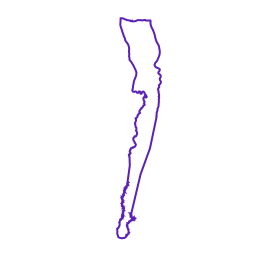 La Tola, Nariño, Colombia (Mercator projection), rotated 10°
{"feature_id": "7082276B35669712343607", "entity_name": "La Tola", "entity_type": "district", "adm_level": 2, "iso_a3": "COL", "parent_name": "Colombia", "parent_adm1": "Nariño", "projection": "mercator", "projection_center": [-78.206, 2.35], "detail": "fine", "context": "isolated", "style": "outline", "palette": "violet", "viewbox_px": 256, "rotation_deg": 10, "n_neighbors": 0, "source": "geoboundaries", "source_scale": "gbopen_adm2", "svg_char_len": 5862}
<svg xmlns="http://www.w3.org/2000/svg" viewBox="0 0 256 256"><g transform="rotate(10 128 128)"><path d="M146.1,211.3L148.4,171.5L153.2,144.1L154.2,111.9L153.8,111.5L154.0,109.9L153.7,109.1L153.6,107.7L154.0,105.3L153.7,104.0L154.3,101.7L153.8,96.3L153.3,94.1L153.4,92.4L152.8,91.8L153.0,91.2L152.9,89.9L152.0,88.0L152.0,87.3L151.6,86.7L151.3,85.4L150.9,85.0L150.9,83.6L151.5,82.8L151.6,81.9L151.1,80.9L151.0,80.5L152.0,79.1L152.5,77.4L152.3,76.6L151.0,75.0L150.8,74.5L150.9,73.2L151.3,72.0L151.2,71.0L150.7,70.2L148.7,69.1L148.3,68.6L148.3,67.7L149.0,66.4L149.2,65.7L149.1,64.9L148.8,64.4L147.8,64.0L144.9,63.3L143.7,62.3L143.2,61.4L143.4,59.4L144.7,57.3L145.3,55.6L146.2,51.4L146.3,48.8L146.0,46.9L144.3,42.2L143.6,41.0L141.5,38.5L140.6,37.1L138.9,33.8L138.7,33.0L137.5,30.4L135.4,26.9L134.0,25.2L132.6,22.8L131.8,20.4L131.7,18.9L131.4,18.3L126.8,19.1L126.3,18.7L125.5,18.7L123.4,19.6L122.3,19.5L120.8,19.8L119.2,19.9L116.8,21.4L114.8,22.1L113.7,22.1L113.3,21.6L112.5,22.2L112.0,22.3L111.6,21.8L111.2,21.8L110.0,21.9L108.0,21.9L104.5,21.0L103.0,21.0L101.7,21.2L102.5,27.6L102.9,28.8L108.3,38.9L109.0,39.6L110.0,42.0L111.1,43.3L112.3,44.3L113.9,46.1L115.0,48.5L115.5,50.4L115.7,53.0L116.5,55.0L116.5,57.1L117.4,58.9L117.5,60.4L120.3,63.0L122.0,64.9L125.5,69.7L126.7,72.0L126.9,75.2L125.8,80.4L125.7,86.0L125.9,87.8L125.7,90.2L126.7,91.3L127.8,91.4L129.0,90.7L129.4,90.7L130.1,91.0L130.9,91.7L131.3,91.8L131.7,91.7L132.0,91.2L132.4,90.2L133.2,90.0L133.6,90.3L134.3,91.9L134.9,92.1L135.2,92.0L135.4,91.6L135.8,89.8L136.2,89.6L136.9,89.5L137.8,90.0L138.1,90.4L138.4,91.3L139.8,92.4L141.0,94.0L140.8,94.6L140.1,94.9L139.7,94.6L139.4,93.8L139.0,93.6L138.6,94.7L138.0,95.7L138.0,96.3L138.5,97.1L138.6,97.9L138.9,98.4L139.7,99.0L139.7,100.0L139.4,100.7L140.1,101.5L140.4,102.1L140.2,102.6L139.1,103.3L139.2,104.0L139.0,104.5L138.4,105.4L137.8,105.8L137.9,106.5L137.2,107.1L137.1,107.7L136.5,108.6L136.3,109.6L137.2,111.1L136.0,111.9L136.0,112.9L135.3,113.7L135.2,114.5L135.4,115.0L135.2,115.7L134.6,116.5L133.8,117.2L134.4,118.2L134.6,119.3L134.0,122.1L134.5,122.7L134.4,123.2L134.6,123.4L135.4,125.7L136.2,126.3L136.5,128.1L136.3,129.0L136.4,129.3L137.3,130.1L138.0,132.0L137.5,134.3L137.1,134.9L136.2,134.9L135.9,135.2L135.8,135.5L135.8,136.2L135.2,136.7L135.0,137.2L135.1,138.0L135.5,139.1L137.0,140.7L137.2,141.5L137.9,141.9L138.7,143.2L138.0,145.2L137.1,145.9L136.3,146.1L136.1,146.8L135.1,146.8L134.6,147.2L134.2,148.2L134.3,148.6L133.9,149.1L134.2,149.7L133.7,150.7L133.9,151.3L134.7,152.0L134.9,152.7L134.7,153.1L133.7,153.7L133.5,154.3L133.8,155.0L134.2,155.3L134.4,155.7L134.3,156.3L134.6,156.6L136.3,164.7L136.9,180.9L137.3,180.4L137.1,180.8L137.7,181.3L137.4,181.4L137.4,181.7L137.6,182.1L137.3,182.7L137.3,183.0L137.1,182.9L137.0,183.0L137.5,183.5L137.3,183.5L137.2,183.9L137.5,184.3L137.0,184.3L136.9,184.7L137.0,185.1L136.6,185.4L136.9,186.3L136.4,186.2L136.4,186.6L136.0,186.8L136.2,187.3L135.8,187.3L136.0,187.8L135.7,188.2L135.3,188.2L135.4,188.4L135.2,188.6L135.3,188.8L135.6,188.6L135.5,189.1L135.8,189.2L135.7,189.3L135.9,189.9L135.8,190.1L135.5,189.9L135.2,190.1L135.6,190.4L135.4,190.5L135.5,191.0L135.1,190.9L135.4,191.7L135.7,191.9L135.4,191.9L135.3,192.2L135.4,192.6L135.1,193.2L135.3,193.5L135.1,193.7L135.3,194.4L135.6,194.8L135.4,194.9L135.3,195.4L135.0,195.3L135.1,195.6L134.9,196.9L134.6,196.9L134.8,197.2L134.4,196.9L134.3,197.2L133.8,197.0L133.9,197.3L133.7,197.7L134.0,197.8L134.1,198.2L134.4,198.0L134.5,198.8L134.8,198.8L135.0,199.1L134.9,199.4L135.7,200.0L135.3,200.3L135.4,200.6L135.1,200.7L135.2,201.1L135.6,201.4L135.3,201.8L135.5,201.9L135.5,202.4L135.3,202.7L135.7,202.6L135.2,203.3L135.2,203.9L135.6,204.4L135.4,205.0L135.7,205.1L135.7,205.5L136.0,205.3L136.2,205.8L136.7,205.9L136.4,206.1L136.7,206.4L136.7,207.0L136.8,206.9L137.0,207.0L136.8,207.1L136.9,207.6L137.0,207.6L136.9,207.8L137.7,208.1L137.8,208.8L138.0,208.7L137.9,209.7L138.2,209.9L137.9,210.0L138.1,210.1L138.1,210.6L137.9,210.6L137.7,211.3L137.8,211.6L137.5,211.9L137.7,212.2L137.6,212.3L137.6,212.6L138.1,213.1L137.9,213.4L138.1,213.6L137.8,214.1L137.7,214.2L137.8,214.3L137.7,214.5L138.0,214.7L137.6,214.7L137.7,214.9L137.4,214.8L137.4,215.2L137.7,215.2L137.3,215.8L138.4,217.0L138.2,217.1L138.2,217.5L137.9,217.5L138.0,217.9L137.6,217.8L137.7,218.4L137.1,218.7L137.0,219.2L136.7,219.2L136.8,219.6L136.5,219.6L136.4,219.9L136.2,219.9L136.0,221.3L136.3,221.9L135.8,222.7L136.2,223.1L136.4,223.8L136.6,225.1L136.5,225.3L136.5,226.0L135.8,228.3L135.3,228.4L134.9,228.9L135.0,229.4L134.9,229.8L135.3,230.8L135.3,231.3L135.6,231.9L135.7,233.9L136.1,234.5L136.3,235.1L136.9,235.8L137.3,237.0L138.1,237.4L139.1,237.6L140.9,237.7L143.9,236.7L144.9,235.5L145.0,234.7L144.9,234.1L145.2,234.1L145.2,233.7L145.7,233.9L146.0,232.8L146.4,232.6L146.5,232.2L146.9,232.0L146.8,231.6L147.2,230.9L146.7,230.7L146.8,230.4L145.9,228.1L146.1,227.8L145.4,227.2L145.3,226.8L145.0,226.7L144.7,226.1L144.6,225.1L144.4,225.1L144.3,225.3L144.1,225.1L144.1,224.7L143.9,224.5L144.1,224.2L143.9,223.8L144.1,223.7L144.1,223.4L143.9,222.7L144.6,222.0L144.3,221.7L144.9,221.6L145.1,221.2L145.3,221.1L145.5,220.6L145.4,220.4L145.7,220.2L145.6,219.9L145.9,219.9L146.4,219.3L146.7,219.3L146.8,218.7L147.0,218.6L146.7,218.5L147.0,218.1L147.3,218.0L147.9,217.7L148.2,218.0L148.5,217.9L148.4,217.7L148.9,217.5L149.6,217.7L149.6,217.3L150.0,216.7L150.0,216.4L150.3,216.6L150.3,216.2L150.5,216.0L150.1,215.9L150.3,215.6L149.6,215.5L149.5,215.2L149.4,215.4L149.1,215.3L149.0,215.5L148.8,215.4L148.7,215.6L148.4,215.7L148.1,215.5L147.9,215.8L147.7,215.8L147.7,215.4L147.4,215.5L147.2,215.2L147.0,215.5L146.8,215.2L147.0,215.1L146.5,214.9L146.4,214.7L146.1,214.8L146.1,214.6L145.9,214.7L145.7,214.0L146.0,214.1L146.2,213.8L146.0,213.6L146.2,213.4L145.6,213.3L145.4,212.4L145.6,212.1L145.3,211.9L145.6,211.9L145.5,211.5L145.7,211.2L146.1,211.3Z" fill="none" stroke="#5b21b6" stroke-width="2"/></g></svg>